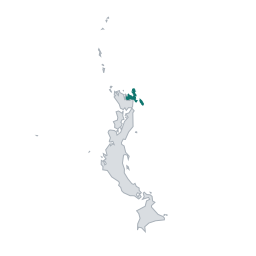 where Nagasaki sits in Japan, rotated 131°
{"feature_id": "JPN-3500", "entity_name": "Nagasaki", "entity_type": "Prefecture", "adm_level": 1, "iso_a3": "JPN", "parent_name": "Japan", "parent_adm1": "", "projection": "albers", "projection_center": [129.432, 33.635], "detail": "fine", "context": "in_parent", "style": "filled", "palette": "teal", "viewbox_px": 256, "rotation_deg": 131, "n_neighbors": 0, "source": "natural_earth", "source_scale": "10m", "svg_char_len": 7907}
<svg xmlns="http://www.w3.org/2000/svg" viewBox="0 0 256 256"><g transform="rotate(131 128 128)"><path d="M171.3,72.9L174.5,73.3L175.0,78.8L177.7,82.0L179.7,88.8L179.5,91.5L177.6,94.5L177.4,97.5L175.2,98.3L174.5,99.9L175.6,108.2L173.6,115.7L176.1,119.6L173.5,121.6L173.1,124.4L169.9,126.9L169.5,123.8L171.1,121.3L169.3,120.9L168.3,123.0L168.6,125.1L165.7,124.3L165.0,128.0L163.5,129.9L163.0,127.1L163.6,126.6L162.3,125.9L159.1,130.5L151.6,131.2L152.9,129.5L150.8,129.2L150.2,130.1L149.6,127.5L148.0,130.7L150.5,132.5L150.4,133.4L146.9,134.8L144.5,140.0L143.0,140.7L141.3,140.3L138.9,136.7L138.6,134.4L140.6,131.6L136.0,130.7L125.4,134.9L119.8,134.9L118.8,138.9L116.0,137.2L110.5,138.0L111.0,134.6L113.4,134.3L123.6,125.1L130.6,124.9L138.4,122.5L139.5,124.3L143.3,123.4L144.5,122.0L144.1,119.2L147.9,113.8L148.5,108.6L151.5,107.2L149.0,110.7L150.0,112.9L151.5,113.5L158.2,109.1L161.4,103.7L164.3,101.4L166.4,94.8L167.5,88.6L166.9,86.8L165.2,86.4L166.6,83.5L166.0,80.2L167.8,78.6L168.1,75.5L169.6,75.6L170.7,78.4L173.0,77.8L173.4,75.1L170.8,75.9L170.7,75.0L171.3,72.9ZM186.0,49.9L191.5,50.6L194.9,46.9L194.4,52.3L196.0,55.0L198.8,53.9L193.9,57.8L188.3,59.6L185.5,63.7L184.8,67.2L175.8,63.7L170.8,66.2L167.6,64.8L166.9,67.0L172.3,70.3L169.3,70.6L167.2,73.7L165.8,73.7L165.9,70.2L163.9,67.4L163.8,65.0L166.9,61.6L166.4,58.9L171.0,59.4L172.3,58.4L173.5,48.6L171.8,43.4L172.1,41.4L173.5,40.3L179.9,46.3L186.0,49.9ZM112.3,141.0L115.8,140.9L114.8,143.6L117.2,143.7L118.0,146.7L115.8,150.2L113.7,158.9L111.8,158.6L112.1,160.1L109.2,162.1L109.8,156.5L108.2,157.7L108.5,160.8L105.4,159.0L106.6,157.4L105.7,153.4L108.7,149.1L107.7,148.8L108.1,147.3L105.9,144.5L105.2,145.1L105.5,147.2L106.6,147.2L106.7,148.4L104.7,147.9L102.7,149.5L102.1,145.5L104.3,147.2L101.4,144.1L109.1,138.4L110.7,138.8L112.3,141.0ZM130.8,134.3L135.5,135.1L136.4,138.4L134.0,140.2L132.8,143.2L129.0,141.2L126.7,142.6L123.6,147.6L121.4,146.4L120.7,142.2L118.1,143.0L122.2,140.0L124.1,136.7L125.9,137.9L128.5,137.1L128.5,135.3L130.8,134.3ZM91.8,197.6L88.9,199.2L88.4,201.6L87.3,202.0L89.2,197.2L90.6,197.4L91.8,195.7L91.8,197.6ZM159.2,102.1L157.2,104.2L157.1,102.2L158.6,100.1L158.4,102.1L159.2,102.1ZM102.3,182.5L100.0,185.7L98.5,184.7L102.3,182.5ZM104.9,152.3L104.1,152.2L104.4,149.9L105.5,149.7L104.9,152.3ZM137.5,134.5L135.7,134.5L137.8,132.4L137.2,133.6L137.5,134.5ZM108.8,168.3L107.6,168.3L107.2,167.3L109.0,167.2L108.8,168.3ZM100.7,133.4L99.3,134.8L100.6,132.2L100.7,133.4ZM111.2,167.1L110.6,166.8L111.8,163.6L111.8,165.1L111.2,167.1ZM95.2,147.7L96.4,147.9L96.7,148.8L95.3,149.2L95.2,147.7ZM99.8,135.5L98.8,136.7L99.0,135.2L99.8,135.5ZM58.7,215.7L57.2,215.5L57.2,215.3L57.9,214.6L58.7,215.7ZM126.4,119.4L125.5,119.6L125.3,118.7L125.8,118.3L126.4,119.4ZM98.0,147.3L97.4,146.4L98.2,144.9L98.7,146.0L98.0,147.3ZM61.9,213.9L61.4,215.2L60.6,215.2L60.3,214.5L61.9,213.9ZM97.3,189.0L96.6,188.9L96.6,187.5L96.9,187.4L97.3,189.0ZM170.2,43.8L169.2,43.7L169.1,43.3L169.8,43.0L170.2,43.8ZM107.5,149.9L106.3,150.7L106.0,150.4L107.5,149.9ZM162.0,69.1L161.5,68.3L162.2,67.9L162.0,69.1ZM119.2,138.6L119.9,138.3L120.8,138.3L119.2,138.6ZM168.5,41.4L168.5,42.8L168.0,41.3L168.5,41.4ZM100.9,143.7L100.0,144.6L101.4,143.1L100.9,143.7ZM70.6,212.5L69.3,212.5L69.4,211.4L69.8,212.0L70.6,212.5ZM102.8,139.2L102.1,140.0L102.4,139.0L102.8,139.2ZM133.3,132.7L132.8,133.6L132.3,132.9L133.3,132.7ZM99.2,185.3L99.0,185.9L98.7,185.1L99.2,185.3ZM167.3,128.3L167.1,129.0L166.9,128.3L167.3,128.3ZM102.9,156.2L102.3,156.4L102.9,155.9L102.9,156.2ZM121.4,136.1L121.5,136.9L120.9,136.8L121.4,136.1ZM171.6,141.6L171.0,141.8L171.0,141.4L171.6,141.6ZM193.6,191.4L193.7,192.2L193.1,191.4L193.6,191.4Z" fill="#d9dde1" stroke="#a8b0b8" stroke-width="1"/><path d="M105.7,146.4L105.7,146.6L105.4,146.7L105.3,146.8L105.0,147.0L105.4,147.3L105.7,147.2L106.0,147.0L106.4,147.0L106.6,147.1L106.9,147.7L106.9,148.0L106.7,148.4L106.8,148.5L106.7,148.7L106.4,148.8L106.2,148.8L106.1,149.0L105.9,149.2L105.7,149.2L105.6,149.3L105.5,149.2L105.2,148.9L105.2,148.6L105.4,148.5L105.6,148.3L105.8,148.2L105.7,148.0L105.6,147.9L105.6,147.7L105.3,147.6L105.2,147.7L104.8,147.7L104.5,147.9L104.3,148.0L104.1,148.1L104.0,147.9L104.0,148.0L103.7,148.6L103.3,148.9L103.2,148.9L103.2,149.1L102.9,149.4L102.8,149.5L102.7,149.4L102.5,149.5L102.5,149.4L102.8,149.2L103.1,148.7L102.9,148.5L103.1,148.4L103.2,148.5L103.3,148.4L103.4,148.2L103.1,148.3L103.1,148.1L103.0,147.8L102.8,147.7L102.7,147.5L102.4,147.4L102.2,147.3L102.2,147.2L102.1,146.8L101.9,146.6L101.8,146.3L101.8,146.2L101.9,145.7L102.0,145.7L102.0,145.4L102.1,145.2L102.4,145.3L102.5,145.5L102.5,145.8L102.5,146.0L102.7,145.8L102.9,145.9L103.1,146.2L103.0,146.3L103.0,146.6L102.9,146.4L102.9,146.7L103.0,146.8L102.9,147.0L103.3,147.3L103.4,147.2L103.5,147.0L104.2,147.3L104.3,147.2L103.8,146.6L103.8,146.3L104.0,146.0L103.9,145.9L103.5,145.5L103.1,145.6L102.9,145.4L102.8,145.5L102.7,145.5L102.5,145.2L102.7,144.9L102.4,145.0L102.4,144.7L102.3,144.8L102.3,145.1L102.1,145.1L102.1,144.9L102.1,144.7L101.9,144.6L101.9,144.4L101.7,144.4L101.3,144.3L101.2,144.2L101.3,143.8L101.5,143.7L101.4,143.4L101.4,143.0L101.5,142.9L101.7,143.1L101.9,143.0L102.1,142.7L102.1,142.8L102.1,143.0L102.3,143.1L102.6,143.0L103.0,143.2L103.0,143.3L102.7,143.6L102.7,143.8L103.0,144.5L103.4,144.7L103.8,144.8L103.9,145.1L103.7,145.3L103.8,145.4L104.5,146.1L105.0,146.3L105.7,146.4ZM100.6,132.8L100.7,133.0L100.6,133.3L100.5,133.6L100.2,133.9L100.1,134.1L100.1,134.4L100.0,134.5L99.9,134.7L100.0,134.6L100.1,134.8L100.3,135.0L100.2,135.1L100.0,135.3L99.8,135.4L99.7,135.4L99.6,135.2L99.8,135.2L99.9,134.9L99.6,135.0L99.6,134.7L99.5,134.9L99.5,135.0L99.4,135.0L99.3,134.9L99.2,135.0L99.1,134.9L99.3,134.8L99.4,134.5L99.3,134.3L99.4,134.2L99.5,134.2L99.4,134.2L99.6,133.6L99.7,133.4L99.5,133.2L99.7,132.6L100.1,132.6L100.3,132.3L100.3,132.2L100.5,132.2L100.8,132.3L100.7,132.5L100.8,132.6L100.8,132.8L100.6,132.8ZM96.6,148.6L96.8,148.9L96.5,148.9L96.2,149.0L96.2,148.9L95.9,148.9L95.9,149.0L96.0,149.2L96.0,149.4L95.9,149.5L95.8,149.4L95.6,149.2L95.1,149.2L95.1,149.3L94.7,149.1L94.9,148.7L95.0,148.9L95.1,148.7L95.1,148.4L95.0,148.2L95.0,147.9L95.1,147.7L95.3,147.7L95.4,148.1L95.9,147.8L96.0,147.7L96.2,147.9L96.4,147.9L96.4,148.1L96.4,148.4L96.6,148.6ZM99.6,135.6L99.6,135.4L99.8,135.4L99.9,135.5L99.7,135.6L99.7,136.0L99.5,136.4L99.4,136.6L99.4,136.8L99.2,137.0L98.8,136.9L98.7,137.0L98.7,136.6L98.7,136.2L98.8,135.9L98.9,135.3L98.9,135.2L99.0,135.2L99.0,135.4L99.3,135.3L99.3,135.2L99.6,135.3L99.5,135.5L99.6,135.6ZM98.1,146.1L98.6,145.9L98.7,146.1L98.7,146.3L98.4,146.5L98.2,146.7L98.1,146.9L98.1,147.0L97.9,147.1L97.9,147.3L97.9,147.5L97.8,147.4L97.7,147.1L97.7,146.8L97.8,146.7L97.7,146.5L97.3,146.4L97.6,146.1L97.7,146.3L97.8,146.2L97.8,145.7L97.9,145.8L98.0,145.8L98.0,145.5L98.1,145.4L98.2,145.2L98.2,144.6L98.3,144.7L98.2,145.0L98.3,145.1L98.2,145.5L98.1,146.1ZM101.3,142.6L101.3,143.0L101.2,143.3L101.0,143.6L100.9,143.7L100.9,143.8L100.8,144.0L100.5,144.4L100.3,144.5L100.0,144.6L99.8,144.5L99.9,144.3L100.1,144.5L100.2,144.4L100.1,144.2L100.3,144.1L100.3,143.9L100.2,143.8L100.5,143.6L100.5,143.2L100.9,143.1L100.9,142.9L101.0,143.0L101.2,142.9L101.1,142.7L101.3,142.6ZM102.8,139.7L102.9,139.8L102.8,140.0L102.5,140.0L102.4,140.1L102.4,140.3L102.1,140.0L102.1,139.9L101.9,139.7L102.2,139.8L102.2,139.7L101.9,139.3L102.1,139.3L102.1,139.2L102.2,138.9L102.2,139.0L102.7,139.1L102.7,139.3L102.9,139.6L102.8,139.7ZM96.8,147.5L96.7,147.9L96.4,147.8L96.3,147.7L96.3,147.3L96.5,147.4L96.6,147.6L96.5,147.3L96.8,147.5ZM97.7,146.8L97.7,147.2L97.3,147.1L97.2,147.0L97.2,146.8L97.4,146.9L97.3,146.7L97.5,146.6L97.7,146.8ZM98.4,143.5L98.5,143.7L98.5,143.8L98.3,144.0L98.2,144.0L98.1,143.9L98.1,143.7L98.4,143.5L98.4,143.5ZM97.1,147.0L97.2,147.3L97.1,147.5L96.9,147.4L96.8,147.2L96.7,147.2L96.8,147.1L97.0,147.2L97.1,147.0ZM101.3,142.0L101.4,141.9L101.4,142.0L101.1,142.1L100.9,142.1L101.2,141.9L101.3,142.0Z" fill="#14b8a6" stroke="#0f766e" stroke-width="1.5"/></g></svg>